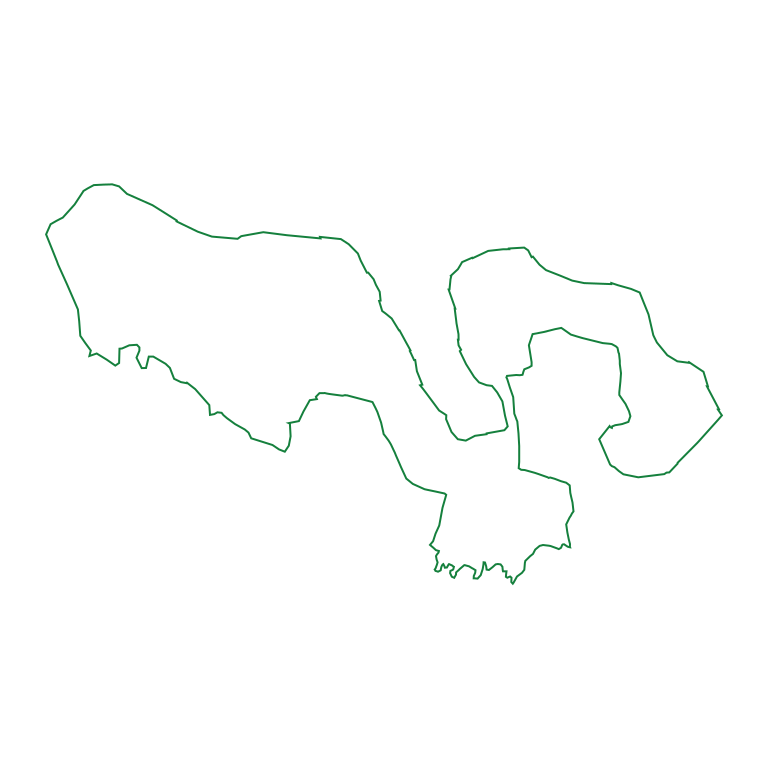 the district of Dowein, Bomi, Liberia
{"feature_id": "62588387B7448810269647", "entity_name": "Dowein", "entity_type": "district", "adm_level": 2, "iso_a3": "LBR", "parent_name": "Liberia", "parent_adm1": "Bomi", "projection": "natural_earth1", "projection_center": [-10.878, 6.566], "detail": "fine", "context": "isolated", "style": "outline", "palette": "green", "viewbox_px": 768, "rotation_deg": 0, "n_neighbors": 0, "source": "geoboundaries", "source_scale": "gbopen_adm2", "svg_char_len": 5801}
<svg xmlns="http://www.w3.org/2000/svg" viewBox="0 0 768 768"><path d="M688.2,361.6L688.9,362.8L677.3,361.3L667.3,355.2L656.9,342.5L654.5,337.7L653.3,335.2L648.5,314.4L643.8,302.8L639.9,293.0L639.7,292.5L631.0,288.9L618.2,285.3L611.3,283.0L611.3,284.1L584.2,283.1L572.2,280.6L560.3,275.7L546.0,270.1L539.5,264.7L532.9,256.6L531.6,257.2L528.2,250.4L524.2,247.6L518.8,247.9L510.5,248.4L509.0,248.5L509.2,249.2L502.8,249.3L488.2,250.9L472.6,258.2L472.2,257.7L462.1,262.1L460.5,264.9L457.9,269.2L450.8,275.8L451.2,276.2L450.5,279.3L449.5,289.4L448.6,289.5L455.3,308.6L454.7,308.6L456.2,320.6L456.5,323.3L458.5,334.2L458.6,339.7L457.9,339.7L458.6,345.4L461.1,349.8L459.8,351.1L466.1,364.2L474.1,376.9L479.0,382.4L486.6,385.2L492.0,385.9L497.2,392.4L502.4,401.4L505.0,415.6L507.7,426.4L504.4,430.2L486.6,433.4L486.6,434.2L475.0,435.8L465.8,440.6L457.8,439.2L451.5,432.0L447.6,422.7L446.1,419.2L446.3,415.2L444.4,413.9L439.1,410.5L434.3,404.0L426.5,393.5L422.8,388.6L420.1,385.3L422.3,384.7L416.9,371.2L415.2,360.0L414.1,360.1L411.0,353.4L409.8,351.0L410.5,350.5L409.9,349.4L408.3,346.4L406.4,343.0L399.5,330.3L399.0,330.4L391.7,318.5L385.6,313.5L382.2,311.0L379.1,300.9L380.6,300.6L379.7,291.8L375.9,284.8L373.6,279.2L368.2,272.6L366.9,272.7L360.7,260.6L357.9,253.5L348.7,244.2L340.9,239.1L320.0,236.9L320.5,238.4L319.3,238.3L286.8,235.2L263.3,232.2L242.6,235.9L241.2,236.2L237.6,238.8L211.9,236.6L197.8,231.7L176.5,221.4L176.8,220.5L152.5,205.2L127.0,193.9L119.1,186.4L112.0,184.3L111.3,184.4L103.9,184.6L93.8,185.1L87.7,188.4L83.4,191.0L83.1,191.6L77.5,200.1L74.6,204.5L62.8,217.6L60.2,218.9L56.2,221.0L50.6,224.2L47.1,232.1L46.1,234.4L47.2,237.1L52.6,250.5L56.5,260.3L56.7,260.7L58.1,264.6L67.1,284.5L77.9,309.4L79.2,321.3L79.8,329.3L80.3,335.8L85.2,342.9L90.8,350.5L89.4,356.0L96.7,353.5L106.8,359.7L115.3,365.6L119.1,363.0L119.5,348.7L122.0,348.5L129.3,345.3L136.9,344.8L139.4,347.4L139.4,350.7L136.5,357.7L141.7,368.1L146.0,368.0L148.8,356.6L153.3,356.6L165.6,363.8L169.9,367.9L174.1,378.8L180.9,382.1L186.7,383.2L187.0,382.7L195.2,389.1L209.3,405.1L210.0,414.9L214.3,414.1L217.4,412.3L221.6,412.8L223.4,415.1L227.0,418.2L235.1,424.1L244.8,429.5L248.5,432.6L251.2,438.3L272.5,445.0L279.0,449.4L284.8,451.7L288.8,445.7L290.6,436.3L289.9,423.6L288.8,423.1L298.9,421.1L302.7,413.1L303.4,411.6L309.8,400.2L316.9,399.1L316.3,397.8L315.9,396.8L319.5,393.1L324.1,393.1L324.6,393.0L326.7,393.5L328.9,393.9L332.5,394.4L342.3,395.7L343.6,395.5L345.1,395.1L345.6,395.3L346.9,395.3L350.6,396.3L369.3,401.2L371.6,401.8L372.5,402.1L375.7,408.4L377.4,412.0L379.1,416.9L381.1,422.6L383.3,432.3L383.6,434.0L385.4,436.3L388.6,440.6L390.2,443.2L391.0,444.6L392.9,448.6L393.4,449.7L394.8,452.6L396.0,455.6L399.2,462.9L401.0,467.1L406.3,478.6L406.7,478.9L412.8,483.9L424.5,489.2L427.2,489.8L435.4,491.5L443.2,493.2L444.6,493.5L446.2,494.8L446.0,495.6L442.5,507.8L439.4,524.7L439.2,525.6L435.7,533.3L435.5,533.8L433.1,541.2L430.0,544.9L430.8,545.6L433.2,547.6L435.9,550.1L436.8,550.4L438.9,551.0L438.5,552.6L436.9,554.5L436.0,556.1L436.6,559.5L437.6,562.3L436.9,564.7L435.5,568.5L434.7,569.5L435.1,570.1L435.5,570.9L437.6,571.5L438.0,571.7L440.0,570.7L440.7,570.3L441.3,567.1L442.0,565.5L442.7,564.5L443.3,564.1L444.5,566.4L444.9,567.7L446.9,567.5L447.8,565.9L448.6,564.5L449.0,564.1L452.0,565.4L453.5,566.6L453.9,566.8L453.3,569.2L452.8,569.8L450.4,570.9L450.1,573.1L451.8,576.7L454.2,577.8L454.8,576.7L456.0,574.6L456.1,572.4L459.1,569.7L459.6,569.1L461.4,567.6L464.2,565.2L464.7,565.1L466.0,565.5L469.0,566.3L472.1,568.2L472.9,568.6L475.5,570.2L475.2,572.8L473.8,576.0L473.7,578.3L474.2,578.3L477.6,578.6L479.1,576.9L480.7,575.2L482.7,569.0L483.3,565.4L483.5,564.0L483.6,562.3L485.0,562.5L486.2,566.4L486.6,569.6L488.9,570.0L492.5,567.2L495.6,564.4L497.8,564.0L500.6,564.4L502.4,566.7L502.5,567.7L502.8,570.4L503.0,571.3L506.5,571.3L506.1,574.3L505.9,576.8L507.3,577.7L510.1,576.5L511.5,577.7L511.3,582.0L512.8,583.7L513.6,582.6L517.0,576.5L522.0,572.8L524.3,569.8L524.5,567.5L524.7,565.2L524.9,562.7L525.1,562.0L525.3,560.9L529.5,556.8L530.1,556.2L533.0,553.9L535.2,549.6L539.5,546.0L540.2,545.7L540.8,545.6L543.0,545.0L548.9,545.7L550.5,546.0L556.6,548.2L558.8,549.1L561.0,547.8L562.3,544.8L562.9,544.4L564.1,544.3L566.9,546.2L567.9,546.8L569.5,547.2L570.1,547.3L569.9,546.7L570.0,544.0L568.8,539.5L567.4,532.6L566.6,527.1L566.2,524.4L569.6,517.5L570.7,515.9L572.0,513.4L573.5,511.4L572.5,502.5L571.6,498.7L571.4,497.9L570.3,492.9L569.7,485.4L567.5,483.7L566.2,482.7L561.0,481.2L554.7,478.8L550.2,477.5L548.6,477.9L547.7,477.3L538.6,474.1L534.7,472.8L525.0,470.1L524.4,470.0L521.2,469.8L519.2,468.5L518.7,468.2L519.2,462.0L519.2,450.7L519.2,446.6L519.2,446.0L518.5,433.5L517.3,421.4L516.6,419.8L515.4,416.5L514.3,413.7L513.9,407.5L513.2,397.1L509.9,387.6L507.5,379.9L507.0,378.5L506.4,377.5L507.0,375.9L511.0,375.5L516.2,375.0L517.9,375.1L519.8,375.2L522.5,374.8L522.9,373.6L523.1,372.8L523.3,372.0L524.3,369.3L529.0,367.4L531.6,365.8L531.6,362.2L528.9,345.3L529.2,344.3L531.3,338.1L531.7,336.9L532.6,334.1L533.3,334.0L543.8,332.0L554.9,329.2L559.9,328.2L561.3,327.9L563.5,329.4L570.9,334.6L572.9,335.2L577.1,336.5L582.6,338.1L594.3,341.0L602.8,343.1L609.9,343.8L611.8,344.1L612.7,344.6L615.1,345.9L616.1,346.5L617.5,347.9L617.9,349.7L618.5,352.7L619.0,353.5L619.8,360.7L619.8,364.0L621.0,373.2L620.4,381.5L619.3,392.3L619.3,395.0L622.4,399.5L625.5,403.9L629.0,411.2L630.4,416.2L628.4,421.9L622.3,424.0L620.9,424.3L615.2,425.2L612.2,426.4L611.9,427.9L610.2,427.1L609.6,426.1L599.2,439.2L610.1,464.5L611.8,466.1L614.5,467.2L618.8,471.0L623.4,474.3L635.3,476.7L637.8,477.2L638.3,477.3L664.3,474.1L666.5,472.6L669.3,472.4L677.6,463.6L677.6,462.8L697.1,443.1L698.6,441.5L718.0,419.9L721.9,415.4L717.9,409.5L719.0,409.3L706.9,386.3L707.9,386.3L703.5,371.8L688.2,361.6Z" fill="none" stroke="#15803d" stroke-width="2"/></svg>